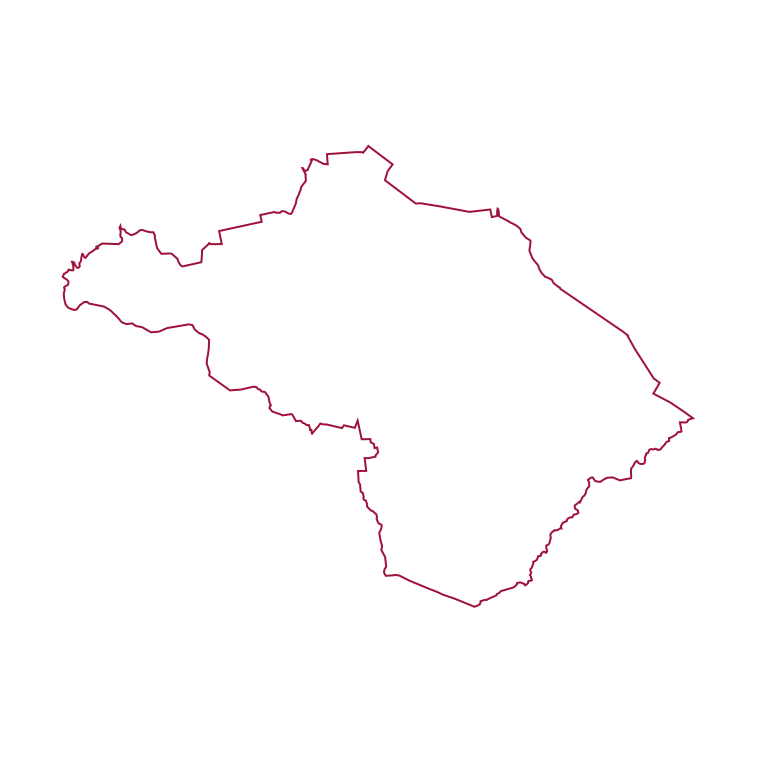 Meoqui, Chihuahua, Mexico, rotated 168°
{"feature_id": "50627088B21598242186115", "entity_name": "Meoqui", "entity_type": "district", "adm_level": 2, "iso_a3": "MEX", "parent_name": "Mexico", "parent_adm1": "Chihuahua", "projection": "mercator", "projection_center": [-105.475, 28.358], "detail": "fine", "context": "isolated", "style": "outline", "palette": "rose", "viewbox_px": 768, "rotation_deg": 168, "n_neighbors": 0, "source": "geoboundaries", "source_scale": "gbopen_adm2", "svg_char_len": 6160}
<svg xmlns="http://www.w3.org/2000/svg" viewBox="0 0 768 768"><g transform="rotate(168 384 384)"><path d="M349.8,620.1L351.4,618.6L356.4,614.6L357.1,615.3L357.8,615.5L362.9,616.6L392.0,620.7L393.4,610.6L397.3,611.8L403.5,617.0L406.7,618.8L408.0,619.0L409.0,618.4L408.2,617.5L414.3,609.1L414.9,609.3L417.3,608.4L418.3,611.9L418.9,612.1L417.0,605.1L417.3,604.8L418.2,598.9L423.8,594.2L425.6,590.7L428.1,586.9L431.0,583.0L432.7,578.9L438.3,570.9L439.6,569.7L442.1,570.6L445.0,573.4L447.8,574.3L448.6,574.1L449.6,573.3L450.5,573.1L451.2,573.3L451.9,573.7L453.1,573.7L454.5,574.3L455.2,575.0L469.9,575.0L469.9,568.1L513.5,567.9L513.6,554.6L524.3,556.8L525.6,557.3L525.6,558.0L526.0,558.0L526.1,557.6L534.1,552.8L535.2,548.3L537.3,541.1L556.4,540.9L557.3,541.4L558.4,542.6L558.8,543.8L559.6,546.2L560.1,549.6L564.7,555.6L566.4,556.2L574.5,557.6L575.0,558.0L577.7,564.2L577.7,573.0L577.7,575.2L577.2,576.6L578.0,580.4L579.6,580.6L584.0,582.3L588.3,584.9L589.0,585.0L591.2,585.1L593.2,583.8L594.6,583.2L597.3,582.4L600.4,582.2L604.5,585.8L605.0,586.4L605.5,588.7L606.0,589.4L606.9,589.5L608.1,590.0L608.6,590.5L609.1,591.6L609.0,593.4L610.0,592.2L610.3,591.1L609.7,589.4L610.1,586.9L611.0,584.4L611.0,582.6L610.0,581.3L610.2,578.9L610.5,578.2L611.0,577.7L614.5,576.0L630.6,580.0L634.3,578.6L637.0,578.0L636.9,577.4L635.5,576.8L635.4,576.4L636.5,576.0L638.2,576.1L641.0,574.7L645.5,573.0L649.6,569.5L649.9,569.5L650.9,570.5L651.5,573.2L651.7,573.8L652.1,574.0L653.4,571.5L654.9,567.3L657.0,565.1L657.1,562.4L658.5,561.3L659.6,561.3L660.1,561.6L661.9,565.6L661.6,567.0L663.4,568.4L663.8,568.4L663.4,566.9L663.6,565.9L663.3,564.1L663.8,562.5L663.6,561.9L664.3,559.8L666.3,560.2L666.6,560.5L668.7,561.4L669.5,560.2L670.7,559.3L671.9,559.2L673.0,558.4L674.0,558.5L676.0,555.5L672.4,551.9L671.6,550.7L671.4,549.8L671.9,547.8L672.9,546.4L675.1,546.0L676.8,545.1L676.8,544.3L676.6,542.8L678.1,539.7L678.7,537.7L679.1,532.9L678.9,527.7L676.9,524.2L674.0,522.1L671.2,520.7L669.2,520.8L665.1,524.3L660.1,526.5L657.2,526.0L655.8,524.0L641.8,518.0L637.2,513.8L635.2,511.4L633.6,508.7L632.6,507.6L629.3,502.1L628.7,500.6L627.3,498.6L623.3,496.1L617.6,495.6L614.5,492.2L608.8,489.9L601.1,483.0L593.2,482.0L584.6,483.8L562.3,482.9L559.0,481.3L557.8,476.6L554.2,472.1L551.6,470.6L548.5,467.4L545.9,463.7L547.9,455.5L549.7,450.4L552.1,444.6L553.2,440.6L552.0,431.9L553.2,428.6L536.0,409.8L525.0,408.3L512.0,408.5L509.1,407.2L508.4,405.3L506.5,404.4L506.0,403.3L504.7,401.8L502.4,401.1L501.6,400.1L501.1,398.5L500.2,396.9L499.6,395.1L499.9,390.5L499.1,386.7L500.2,386.1L500.4,385.3L501.1,384.4L499.0,380.3L491.0,375.5L489.8,374.4L480.7,373.8L480.0,373.0L477.9,366.1L472.9,365.3L471.7,363.0L470.1,362.0L469.3,361.3L468.8,360.3L468.2,359.9L466.0,359.4L465.7,355.2L465.9,354.5L464.6,354.3L464.9,350.7L464.7,350.4L456.3,356.9L454.5,358.5L452.0,357.2L448.2,356.2L434.3,349.6L431.7,351.9L421.6,347.2L417.4,353.6L417.3,334.6L408.7,332.9L409.2,329.8L406.3,327.4L406.6,323.3L403.9,323.3L404.0,318.3L407.4,315.6L407.4,314.7L414.8,314.7L418.3,315.6L419.5,302.7L427.5,304.3L429.2,293.5L428.3,290.7L429.2,283.5L427.4,282.0L427.3,277.5L428.0,276.5L427.8,275.0L426.0,273.7L425.5,270.0L426.0,267.6L423.7,263.8L422.6,262.5L421.6,262.2L418.5,257.9L418.5,255.4L419.3,253.7L418.6,249.9L418.1,248.6L416.0,247.1L415.7,246.3L415.8,245.5L416.9,242.8L419.4,239.8L419.7,238.5L419.9,229.7L419.5,227.3L419.8,225.5L421.1,222.2L418.9,214.5L419.8,205.3L420.0,204.7L422.3,202.2L422.9,200.6L423.1,199.0L422.1,196.0L414.5,194.9L412.7,194.9L408.9,193.5L399.8,186.2L382.2,174.1L375.9,170.0L370.0,165.6L359.3,159.2L341.8,147.3L339.4,147.6L336.2,148.5L336.2,148.8L334.9,150.3L334.7,151.5L329.8,151.9L328.8,151.4L326.5,152.1L318.9,153.7L317.9,154.0L317.4,155.0L314.4,155.8L312.8,157.1L299.4,158.1L295.8,160.2L295.1,161.7L292.0,161.6L288.5,159.5L288.3,158.2L287.4,157.6L284.4,159.4L284.2,160.6L283.5,161.3L281.7,161.0L280.1,161.4L280.0,162.3L280.5,163.5L280.3,165.3L280.8,166.1L281.0,166.9L280.2,167.4L279.2,169.0L279.6,170.5L279.5,172.0L278.9,172.8L277.8,173.4L275.5,177.0L274.9,179.2L273.6,179.2L271.3,180.1L270.1,181.6L269.0,183.5L268.3,183.6L267.9,183.3L266.4,183.4L265.9,183.9L265.8,185.2L264.3,185.9L263.5,186.7L261.6,186.5L260.9,185.4L260.3,185.2L259.1,186.9L259.3,189.8L259.1,191.8L258.5,192.4L256.6,192.7L255.3,193.9L252.9,198.7L252.7,201.7L251.7,203.3L247.6,205.6L246.5,205.0L244.4,205.1L241.5,206.2L240.5,205.8L240.5,208.1L237.9,211.1L233.8,211.9L232.5,214.0L229.4,214.9L228.3,214.5L227.4,214.6L225.5,216.9L224.1,216.7L222.3,216.8L220.7,217.6L220.6,219.3L221.1,220.7L223.0,222.3L223.0,224.8L222.6,225.6L219.9,226.8L217.5,228.2L217.0,227.4L213.1,232.3L211.1,233.3L209.5,235.0L208.1,238.3L205.8,240.4L204.6,241.0L203.8,244.8L204.4,247.8L201.4,249.3L199.3,249.2L197.5,245.0L192.9,243.3L188.3,245.1L185.2,245.9L179.7,245.1L173.3,240.7L163.8,240.6L163.2,240.4L161.9,240.6L161.5,241.7L160.6,247.2L159.7,250.0L158.1,251.3L156.6,252.8L155.7,253.8L155.6,254.4L155.1,254.9L153.6,255.9L152.6,256.2L151.2,253.5L149.9,252.6L148.5,252.1L147.1,252.0L146.3,252.1L145.2,253.0L144.9,254.5L144.3,255.2L144.2,255.9L144.4,256.9L143.6,258.7L142.8,259.8L142.2,260.4L142.0,261.4L140.1,261.7L138.4,264.2L137.7,264.7L136.1,264.8L134.0,263.9L131.7,264.2L129.5,262.4L127.0,262.6L126.0,263.7L122.9,265.7L120.5,267.9L119.2,268.7L116.8,269.1L116.5,271.9L114.3,272.0L109.9,273.4L108.2,274.3L107.2,275.4L106.4,275.8L103.8,275.5L102.9,275.8L102.7,277.4L102.5,285.0L96.7,283.6L95.4,283.9L94.4,284.7L93.9,285.8L88.9,286.3L95.7,293.8L107.5,306.1L122.5,318.6L114.1,327.8L119.0,333.4L131.2,365.7L135.8,380.6L135.4,380.9L139.7,385.9L191.8,440.5L191.9,441.6L193.7,443.3L197.1,447.3L198.0,450.6L198.5,451.4L202.9,454.8L203.8,455.1L206.6,459.4L208.4,465.0L208.4,467.7L211.8,474.2L212.7,476.4L214.0,483.8L213.9,484.6L211.1,492.4L211.1,493.8L211.6,494.7L212.0,494.9L214.7,497.5L217.8,503.2L218.2,504.2L218.3,507.0L218.5,507.5L221.2,511.0L224.7,514.1L226.8,515.7L229.1,517.9L236.1,523.6L236.5,524.9L235.9,529.8L236.1,531.4L236.4,531.8L237.1,530.3L238.4,525.2L238.1,524.9L243.8,524.8L243.8,532.6L264.7,534.6L292.1,546.0L310.4,553.1L315.4,553.9L340.7,583.1L336.3,591.3L329.9,597.0L348.2,618.1L349.8,620.1Z" fill="none" stroke="#9f1239" stroke-width="2"/></g></svg>